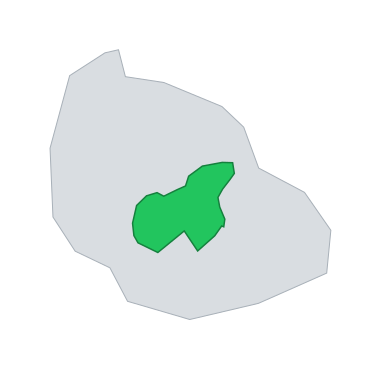 Moka highlighted on a map of Mauritius, rotated 101°
{"feature_id": "MUS-5186", "entity_name": "Moka", "entity_type": "District", "adm_level": 1, "iso_a3": "MUS", "parent_name": "Mauritius", "parent_adm1": "", "projection": "mercator", "projection_center": [57.579, -20.265], "detail": "fine", "context": "in_parent", "style": "filled", "palette": "green", "viewbox_px": 384, "rotation_deg": 101, "n_neighbors": 0, "source": "natural_earth", "source_scale": "10m", "svg_char_len": 778}
<svg xmlns="http://www.w3.org/2000/svg" viewBox="0 0 384 384"><g transform="rotate(101 192 192)"><path d="M243.1,323.7L176.1,339.7L101.1,334.3L72.0,304.0L66.4,291.3L91.5,279.4L89.9,240.5L102.4,178.9L118.5,153.6L155.8,131.1L170.9,81.5L203.1,48.4L245.9,44.3L288.6,105.5L317.6,169.9L311.6,234.4L282.1,258.1L272.4,295.4L243.1,323.7Z" fill="#d9dde1" stroke="#a8b0b8" stroke-width="1"/><path d="M220.1,154.2L219.7,156.4L230.6,161.3L248.8,175.2L231.7,192.2L257.9,214.0L252.2,235.3L245.9,240.7L234.0,244.4L215.8,243.8L204.4,235.9L199.3,226.2L201.5,218.9L192.4,206.8L187.3,199.5L177.1,198.3L164.6,186.8L157.2,168.0L155.5,157.7L165.7,154.0L172.5,157.1L183.3,162.5L187.5,163.9L192.4,165.5L201.5,161.9L212.4,154.6L220.1,154.2Z" fill="#22c55e" stroke="#15803d" stroke-width="1.5"/></g></svg>